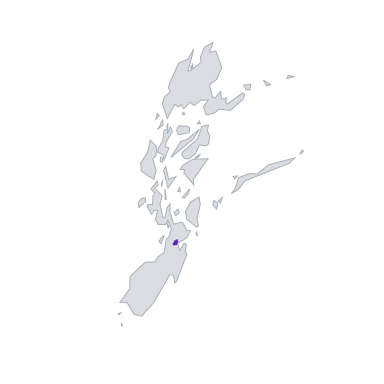 location of NCR, Second District, Quezon City, Philippines, rotated 210°
{"feature_id": "2640588B12869096786612", "entity_name": "NCR, Second District", "entity_type": "district", "adm_level": 2, "iso_a3": "PHL", "parent_name": "Philippines", "parent_adm1": "Quezon City", "projection": "equal_earth", "projection_center": [121.081, 14.655], "detail": "fine", "context": "in_parent", "style": "filled", "palette": "violet", "viewbox_px": 384, "rotation_deg": 210, "n_neighbors": 0, "source": "geoboundaries", "source_scale": "gbopen_adm2", "svg_char_len": 4885}
<svg xmlns="http://www.w3.org/2000/svg" viewBox="0 0 384 384"><g transform="rotate(210 192 192)"><path d="M181.3,57.1L192.8,63.7L199.3,60.3L197.6,76.9L203.3,88.1L197.4,107.8L189.0,113.1L189.2,118.6L185.8,125.8L190.6,138.2L189.5,141.4L191.7,150.1L198.7,155.1L198.5,150.6L205.2,147.0L210.0,149.7L212.6,158.9L215.7,157.1L216.0,152.4L223.8,157.1L223.7,159.5L219.7,161.1L223.9,169.1L223.4,172.4L229.0,174.0L227.7,183.9L224.9,181.3L226.0,176.5L216.0,173.8L213.6,165.4L204.7,155.6L202.7,156.1L205.9,166.4L204.8,170.7L201.3,163.8L191.9,155.0L185.1,161.1L177.2,156.1L174.0,157.8L173.7,149.7L178.8,140.1L173.2,135.1L173.3,143.5L170.9,144.1L168.0,137.0L165.4,135.8L160.6,106.3L161.5,104.8L166.6,110.7L169.9,109.4L169.8,77.4L173.5,59.3L181.3,57.1ZM250.2,243.4L261.7,253.6L263.5,260.5L260.9,268.1L264.5,270.5L266.0,276.4L268.0,296.8L261.9,305.2L261.9,316.8L256.0,294.9L253.9,296.4L249.0,308.7L252.3,313.4L253.6,323.8L248.6,331.9L246.7,321.9L241.9,326.0L228.4,314.7L226.9,302.2L230.4,293.6L221.9,284.6L219.1,284.8L217.5,293.4L212.9,287.1L208.9,290.8L208.0,286.7L205.3,285.8L197.8,303.1L195.0,302.7L194.3,297.8L199.4,281.9L209.9,277.4L212.1,271.5L218.2,265.8L224.7,271.5L224.0,279.7L230.2,275.9L233.5,268.0L238.6,268.8L240.8,260.1L245.1,262.3L246.2,258.9L250.7,259.2L250.2,243.4ZM216.3,253.7L211.2,258.2L209.2,252.7L204.4,249.2L201.8,242.0L202.9,239.1L209.0,236.4L208.3,227.6L210.9,219.4L215.2,217.2L219.2,218.7L220.1,221.7L213.8,241.1L216.3,253.7ZM246.3,184.7L251.0,191.8L250.3,204.5L254.2,216.0L246.3,214.0L243.2,209.8L241.3,205.2L242.5,200.8L233.8,192.6L231.4,183.8L246.3,184.7ZM194.1,199.0L208.6,204.4L209.5,207.7L213.7,205.7L213.1,211.0L207.6,220.8L194.7,228.8L197.1,203.4L194.1,199.0ZM139.2,254.0L120.0,272.9L122.1,265.6L151.7,228.1L153.0,217.6L157.0,210.4L156.5,218.0L159.0,227.6L151.2,236.9L144.7,240.0L139.2,254.0ZM170.3,163.8L182.9,165.6L187.9,172.0L188.2,182.4L183.4,191.2L178.5,185.1L174.3,171.2L169.4,166.1L170.3,163.8ZM235.9,209.8L241.5,209.1L243.1,212.6L242.9,221.6L247.0,231.7L245.0,234.2L242.5,230.4L243.2,237.5L239.3,234.7L239.3,221.7L237.4,217.8L234.0,218.7L232.1,205.7L235.9,209.8ZM217.1,249.9L217.3,238.9L227.5,211.2L227.1,229.8L222.3,235.5L217.1,249.9ZM236.4,242.8L229.0,246.7L226.0,246.2L224.1,242.1L232.3,234.8L236.1,237.7L236.4,242.8ZM214.8,183.5L227.5,196.6L227.6,201.1L218.6,191.3L213.6,197.4L214.8,183.5ZM232.3,161.4L229.5,163.5L227.3,160.8L230.2,152.0L233.2,156.4L232.3,161.4ZM200.7,310.5L194.9,314.5L192.9,309.2L196.5,307.6L200.7,310.5ZM162.2,189.5L167.6,191.2L168.9,195.6L164.2,195.7L162.2,189.5ZM194.1,163.4L197.2,165.0L195.5,170.4L192.7,167.8L194.1,163.4ZM180.3,321.3L186.2,324.6L177.7,324.4L180.3,321.3ZM253.7,240.1L250.6,235.7L253.2,228.9L252.9,233.0L253.7,240.1ZM197.7,182.1L195.6,193.6L194.2,188.9L195.4,183.2L197.7,182.1ZM166.5,337.6L166.9,341.1L161.0,343.2L166.5,337.6ZM195.9,132.5L195.7,137.7L194.3,139.9L192.8,131.8L195.9,132.5ZM206.5,222.5L203.9,229.2L203.9,225.4L206.5,222.5ZM164.6,197.6L163.1,202.4L161.8,196.8L164.6,197.6ZM236.5,206.6L234.5,206.8L232.5,202.9L234.9,202.5L236.5,206.6ZM204.9,185.5L204.9,189.8L202.1,186.3L204.9,185.5ZM261.3,242.5L258.4,241.7L259.7,237.0L261.3,242.5ZM211.8,172.4L216.9,181.1L210.4,172.5L211.8,172.4ZM164.1,226.1L160.7,228.6L161.6,224.7L164.1,226.1ZM221.6,253.6L221.0,257.3L219.1,255.4L221.6,253.6ZM222.2,183.0L223.4,188.1L220.9,181.6L222.2,183.0ZM117.7,283.2L116.0,283.0L116.4,279.7L117.7,279.3L117.7,283.2ZM239.8,256.4L237.6,256.7L237.4,254.7L238.7,254.3L239.8,256.4ZM255.4,302.8L253.8,300.5L254.3,298.1L255.4,299.3L255.4,302.8ZM167.4,157.4L168.3,160.3L165.7,157.0L167.4,157.4ZM246.4,235.8L247.3,239.7L244.8,235.0L246.4,235.8ZM195.0,50.0L192.5,52.3L194.3,48.9L195.0,50.0ZM198.1,152.6L194.7,150.4L194.7,148.9L198.1,152.6ZM185.8,40.8L187.9,43.4L185.5,41.7L185.8,40.8Z" fill="#d9dde1" stroke="#a8b0b8" stroke-width="1"/><path d="M180.0,141.5L180.3,141.7L180.5,141.7L180.6,141.8L180.8,141.9L180.8,142.0L180.7,142.1L180.8,142.1L181.0,142.2L181.2,142.3L181.3,142.3L181.3,142.5L181.4,142.4L181.4,142.2L181.3,141.9L181.2,141.9L181.3,141.8L181.2,141.8L181.2,141.7L181.3,141.7L181.4,141.4L181.3,141.2L181.5,141.2L181.4,141.2L181.3,140.7L181.4,140.4L181.5,140.3L181.5,140.2L181.6,140.3L181.7,140.2L181.7,140.3L181.8,140.3L181.7,140.2L181.8,139.9L181.8,139.7L181.7,139.6L181.4,139.6L181.5,139.5L181.4,139.5L181.4,139.4L181.5,139.3L181.5,139.2L181.6,138.9L181.5,138.7L181.6,138.8L181.7,138.7L181.8,138.5L181.8,138.4L181.7,138.3L181.6,138.2L181.6,137.9L181.6,137.7L181.7,137.4L181.8,137.4L181.7,137.3L181.5,137.5L181.4,137.6L181.2,137.6L181.1,137.8L181.0,138.0L180.9,138.0L180.7,138.1L180.4,138.1L180.2,138.2L180.2,138.3L180.2,138.2L180.2,138.3L180.0,138.5L179.9,138.6L180.0,138.6L179.9,138.7L180.0,138.7L180.0,138.8L180.0,139.0L180.0,139.3L179.9,139.4L179.9,139.5L179.7,139.7L179.7,139.8L179.7,140.0L179.6,140.3L179.6,140.5L180.0,141.0L180.1,141.3L180.0,141.5L180.0,141.5Z" fill="#8b5cf6" stroke="#5b21b6" stroke-width="1.5"/></g></svg>